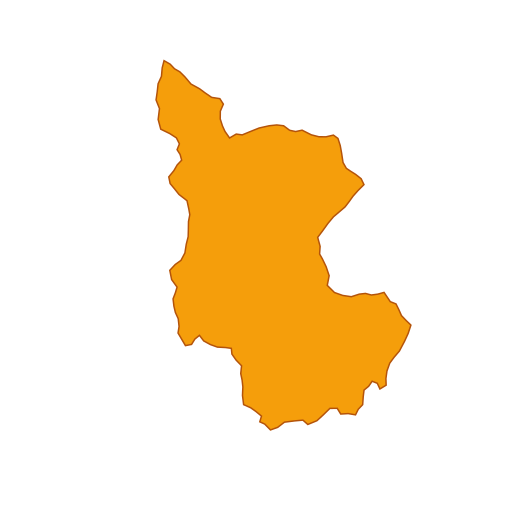 the district of Caetanópolis, Minas Gerais, Brazil, rotated 210°
{"feature_id": "56859067B14008034033738", "entity_name": "Caetanópolis", "entity_type": "district", "adm_level": 2, "iso_a3": "BRA", "parent_name": "Brazil", "parent_adm1": "Minas Gerais", "projection": "albers", "projection_center": [-44.4, -19.341], "detail": "fine", "context": "isolated", "style": "filled", "palette": "amber", "viewbox_px": 512, "rotation_deg": 210, "n_neighbors": 0, "source": "geoboundaries", "source_scale": "gbopen_adm2", "svg_char_len": 2083}
<svg xmlns="http://www.w3.org/2000/svg" viewBox="0 0 512 512"><g transform="rotate(210 256 256)"><path d="M433.3,379.2L431.3,372.0L427.7,364.3L426.9,356.2L423.6,348.7L420.6,341.2L413.3,335.4L409.0,325.3L401.9,318.2L391.9,318.9L384.0,318.5L378.4,314.8L377.5,308.6L372.5,306.0L368.3,301.8L369.8,295.5L369.8,288.9L371.1,280.9L366.6,275.8L360.6,273.6L353.5,270.8L343.4,269.4L337.6,263.0L334.0,258.7L331.7,252.1L327.6,244.7L324.4,238.8L322.3,231.4L319.1,223.1L318.8,214.7L321.7,208.3L323.5,200.5L317.3,193.4L308.8,189.6L307.4,183.7L306.4,177.4L302.0,171.5L297.6,166.8L292.0,162.8L287.4,156.5L285.0,150.3L278.3,146.5L272.3,143.1L267.6,147.2L267.4,153.5L265.3,159.0L258.8,156.3L251.2,156.5L243.9,157.8L236.6,161.5L231.2,163.7L227.8,159.0L221.2,155.9L213.6,153.7L210.4,146.5L206.0,141.6L201.9,136.0L198.0,128.5L192.4,121.1L184.7,121.9L178.3,121.3L171.2,120.1L169.8,114.3L164.4,114.8L156.5,112.6L151.5,118.5L148.3,126.3L140.0,132.6L133.3,137.3L126.9,136.0L120.9,143.8L118.4,151.7L115.8,161.0L109.5,164.7L103.6,161.5L97.4,165.6L90.4,168.2L90.8,174.4L89.3,180.6L92.9,188.0L95.4,193.9L93.3,199.5L92.8,205.6L87.3,206.4L82.2,202.8L78.7,209.2L82.2,214.8L85.1,221.9L86.6,230.1L85.8,237.2L84.3,245.4L84.7,256.3L85.5,265.0L87.3,273.6L93.7,275.2L100.2,277.1L105.4,280.9L110.8,284.5L116.9,283.6L126.9,288.5L131.4,283.9L136.6,279.9L142.5,278.3L147.5,274.6L153.1,268.4L161.2,265.2L169.8,263.6L179.6,266.2L182.8,275.5L189.8,281.7L197.1,286.7L201.9,289.5L205.3,296.4L211.9,303.0L210.9,311.0L210.0,320.1L208.5,328.7L205.9,336.0L203.4,343.1L202.5,349.9L201.9,356.2L200.4,363.6L198.2,371.8L203.6,375.5L210.6,376.5L216.2,376.7L221.6,377.1L227.4,380.5L233.3,387.9L238.3,393.8L243.8,398.8L249.4,399.4L255.0,394.2L261.2,390.7L268.7,388.6L279.0,388.0L283.9,383.6L289.7,381.7L297.2,382.6L303.5,379.9L309.7,375.4L317.3,368.4L323.5,360.5L328.5,354.0L334.1,351.7L337.9,345.0L345.2,348.4L350.1,351.9L355.5,356.8L359.3,363.6L360.2,371.2L366.0,374.2L373.7,371.2L381.6,371.8L388.4,372.6L398.3,372.4L407.2,375.6L414.0,377.4L420.2,377.4L426.2,379.2L433.3,379.2Z" fill="#f59e0b" stroke="#b45309" stroke-width="1.5"/></g></svg>